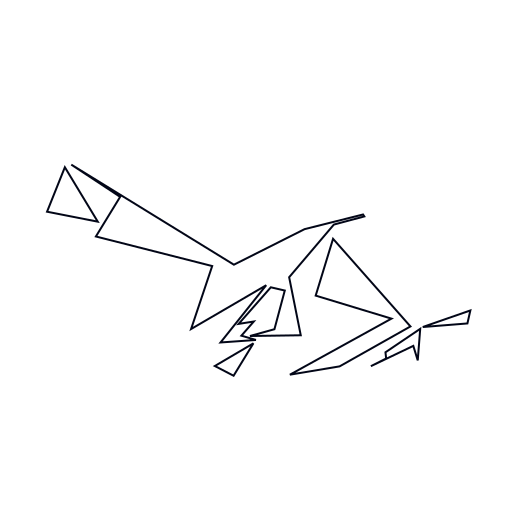 Magallanes y Antártica Chilena, Equal Earth projection, rotated 332°
{"feature_id": "CHL-2692", "entity_name": "Magallanes y Antártica Chilena", "entity_type": "Region", "adm_level": 1, "iso_a3": "CHL", "parent_name": "Chile", "parent_adm1": "", "projection": "equal_earth", "projection_center": [-72.604, -52.278], "detail": "coarse", "context": "isolated", "style": "outline", "palette": "ink", "viewbox_px": 512, "rotation_deg": 332, "n_neighbors": 0, "source": "natural_earth", "source_scale": "10m", "svg_char_len": 755}
<svg xmlns="http://www.w3.org/2000/svg" viewBox="0 0 512 512"><g transform="rotate(332 256 256)"><path d="M135.8,88.6L232.4,253.3L311.5,255.1L370.0,269.6L370.2,271.9L339.5,264.8L275.3,290.3L258.3,347.0L213.1,323.8L237.9,329.3L265.2,300.0L254.4,290.6L208.8,307.8L223.3,312.8L205.7,319.5L216.5,330.1L184.1,315.7L251.3,286.6L164.4,290.0L212.6,244.3L123.8,163.6L163.8,140.0L135.8,88.6ZM359.3,390.7L278.0,392.7L230.2,376.7L346.2,374.9L290.1,319.0L332.1,277.0L359.3,390.7ZM132.4,151.4L92.3,118.8L128.9,87.9L132.4,151.4ZM366.8,397.4L349.8,424.1L352.7,409.2L305.7,407.2L322.8,407.6L325.1,401.8L366.8,397.4ZM212.7,331.9L180.0,351.2L168.0,333.8L212.7,331.9ZM411.0,414.8L369.9,397.0L419.7,404.7L411.0,414.8Z" fill="none" stroke="#020617" stroke-width="2"/></g></svg>